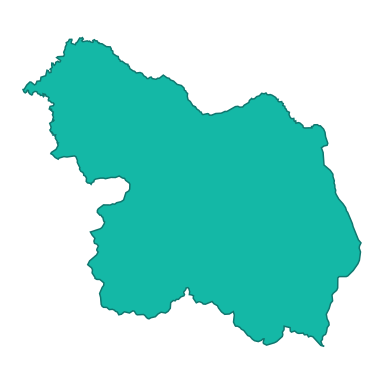 Ayabaca, Piura, Peru (Mercator projection)
{"feature_id": "86281439B3265311261772", "entity_name": "Ayabaca", "entity_type": "district", "adm_level": 2, "iso_a3": "PER", "parent_name": "Peru", "parent_adm1": "Piura", "projection": "mercator", "projection_center": [-79.898, -4.698], "detail": "fine", "context": "isolated", "style": "filled", "palette": "teal", "viewbox_px": 384, "rotation_deg": 0, "n_neighbors": 0, "source": "geoboundaries", "source_scale": "gbopen_adm2", "svg_char_len": 5793}
<svg xmlns="http://www.w3.org/2000/svg" viewBox="0 0 384 384"><path d="M361.0,242.9L358.4,239.8L353.1,226.7L352.3,223.5L347.6,212.3L346.6,211.1L345.6,207.7L343.0,203.8L338.8,199.1L336.1,194.3L335.4,192.5L335.7,190.1L334.9,188.0L334.8,185.0L334.0,183.0L334.3,180.8L333.0,176.7L332.9,174.2L330.3,170.4L324.0,165.0L323.1,152.5L321.4,147.8L324.0,146.0L327.1,145.3L327.8,143.3L325.6,136.8L325.0,132.3L323.6,129.1L320.4,125.8L319.1,125.8L317.3,124.7L314.1,124.8L312.8,126.4L311.6,126.5L311.9,127.8L304.6,128.0L303.3,127.5L302.8,125.5L300.0,123.1L298.5,122.6L296.0,123.2L295.7,120.9L294.7,121.4L294.1,120.9L293.8,118.4L292.0,118.7L290.9,118.2L290.0,117.0L289.0,114.4L289.4,112.3L286.9,111.1L286.0,108.9L285.0,108.2L284.8,106.3L282.8,105.5L283.3,103.6L282.0,102.8L281.7,101.6L279.1,101.9L277.7,100.7L278.2,99.3L276.5,99.1L275.8,97.5L272.1,95.2L270.0,94.5L269.0,94.9L267.1,94.6L266.0,93.0L264.1,93.8L261.7,93.3L259.4,95.8L256.7,96.6L254.5,98.7L252.3,99.1L251.7,98.4L249.4,100.5L248.8,102.5L244.3,105.1L242.7,107.0L239.7,107.2L237.9,106.3L235.4,106.6L226.8,111.5L225.0,111.4L221.2,113.2L215.8,113.5L211.5,115.2L209.3,115.1L208.6,113.9L207.6,113.6L202.9,114.6L201.6,113.5L201.3,112.2L200.2,112.0L198.9,110.4L196.8,109.1L195.4,106.7L194.5,106.8L194.0,106.0L192.9,105.8L190.3,101.5L188.0,99.7L187.3,96.2L187.6,93.4L186.4,92.5L185.7,90.9L184.4,90.2L184.0,88.0L181.4,85.5L177.1,84.4L173.6,81.1L170.4,79.9L169.2,78.3L167.0,77.8L163.3,75.1L159.3,78.3L157.7,78.2L156.1,79.3L152.2,78.6L151.3,77.1L150.2,77.2L148.2,78.6L147.0,78.5L146.1,77.2L143.8,75.8L142.2,73.4L140.1,72.5L136.3,73.0L134.6,71.3L133.1,70.9L129.9,68.7L129.1,66.2L128.0,65.7L128.0,64.4L125.5,63.8L122.1,61.2L120.4,61.3L119.9,59.9L118.7,58.9L118.2,56.5L116.5,56.0L113.0,53.6L112.8,51.1L111.2,49.9L111.2,48.7L110.3,46.9L106.3,46.6L102.1,43.8L99.0,43.4L99.0,42.7L97.9,42.4L97.1,40.9L95.4,40.7L94.4,39.7L92.8,40.5L93.3,41.8L92.7,42.4L90.9,42.1L89.5,41.1L88.7,41.5L87.3,40.9L82.9,41.7L81.7,40.7L83.3,39.0L82.4,37.6L81.4,38.2L79.7,38.0L77.3,42.1L76.1,42.8L75.3,44.7L71.4,43.4L71.2,41.9L72.0,40.0L71.8,39.3L69.4,39.4L68.3,41.5L66.2,42.7L66.6,44.5L65.3,46.9L65.1,49.0L63.7,52.2L64.4,54.7L63.6,56.3L57.8,56.7L56.6,57.6L60.6,60.5L60.3,61.7L59.0,62.2L57.9,61.2L55.7,62.4L55.5,63.8L54.4,65.3L53.4,64.5L53.1,63.3L51.8,63.1L51.7,65.5L52.2,67.5L50.1,69.2L51.2,70.1L51.0,72.3L49.3,72.8L48.4,70.7L47.0,70.2L45.7,75.7L41.0,77.2L40.4,80.9L37.0,81.2L35.8,84.1L34.5,84.9L31.0,82.1L29.9,82.0L26.8,85.0L24.3,89.2L23.0,89.5L23.9,91.8L25.2,92.9L26.4,92.1L27.3,90.2L28.4,90.5L28.5,92.2L29.8,93.9L31.7,95.0L32.4,94.6L32.8,92.8L34.8,91.4L36.8,91.7L37.9,93.7L40.0,94.3L40.4,95.4L42.6,95.2L43.4,96.7L44.2,95.9L43.2,93.8L45.4,94.4L46.1,96.2L47.8,96.7L49.0,97.7L48.3,99.7L48.5,100.8L49.6,100.8L51.8,102.8L53.1,102.8L54.1,104.1L53.3,105.7L50.1,106.4L49.3,108.9L50.2,109.0L50.0,109.5L50.6,110.1L51.5,109.5L51.7,111.0L53.3,112.1L52.8,113.1L53.1,113.9L52.4,114.7L53.5,117.1L52.8,119.1L54.0,120.2L53.4,121.1L52.5,120.5L51.9,121.9L49.7,123.3L51.1,127.1L50.5,129.7L49.9,130.0L50.7,131.7L51.6,131.8L51.6,132.4L52.4,132.8L52.1,133.6L53.1,134.0L53.0,135.1L55.6,135.0L55.0,136.3L55.6,137.1L55.3,138.2L57.3,141.5L57.1,142.7L58.1,143.0L57.6,143.4L58.1,145.5L56.1,149.3L51.4,152.4L50.8,153.7L52.5,154.6L55.2,157.5L58.2,159.2L59.0,158.1L63.9,156.6L67.0,157.0L74.5,155.9L76.0,156.9L77.4,160.4L77.3,162.4L79.9,167.7L79.5,169.0L80.8,171.3L82.9,172.5L83.7,174.0L83.7,175.3L85.4,176.2L86.5,178.2L86.2,181.4L87.5,182.9L90.3,183.3L91.1,184.3L92.2,182.4L93.8,181.8L94.2,180.0L95.5,179.1L100.4,178.1L103.6,178.1L105.4,178.7L111.1,177.4L115.4,177.5L119.2,176.0L122.4,178.0L124.6,178.4L125.6,180.3L129.3,183.1L129.9,184.3L129.7,189.1L128.8,190.9L125.9,192.7L123.6,200.0L121.0,201.7L116.7,202.7L114.7,204.2L112.6,203.9L110.3,205.0L103.5,204.9L98.3,208.8L97.4,210.3L97.3,212.3L99.9,215.2L101.1,215.2L101.8,216.7L102.8,217.2L103.7,221.1L104.6,221.8L104.2,223.7L101.9,227.6L100.2,228.8L90.4,232.0L92.3,235.3L94.9,238.3L93.9,241.1L94.5,243.3L96.9,244.2L98.4,246.0L96.8,249.4L96.9,250.5L98.1,252.0L96.6,254.9L89.6,260.9L87.7,264.7L91.6,267.9L92.5,269.9L92.1,272.9L95.1,277.6L95.0,278.4L96.8,279.4L99.9,279.5L103.9,282.9L103.7,285.4L102.2,287.4L99.6,293.5L100.6,297.4L101.2,304.4L102.1,306.3L103.5,307.3L106.8,307.4L109.3,309.6L112.4,309.3L114.7,310.3L115.3,311.2L117.4,312.1L118.8,314.8L121.4,314.2L124.4,311.8L129.5,313.0L132.9,310.8L134.4,311.3L136.2,314.2L137.2,314.8L143.4,314.5L144.8,315.3L146.6,317.6L148.2,318.7L149.4,318.7L150.7,317.8L155.4,316.7L158.0,314.0L161.1,312.2L165.5,313.0L168.0,311.4L170.3,308.3L170.7,302.6L173.2,300.5L175.2,300.8L176.3,299.4L178.5,299.3L180.9,296.9L183.9,295.8L184.5,294.5L183.7,292.7L183.8,291.9L185.7,289.6L186.1,288.0L187.9,287.6L188.8,288.5L189.7,291.7L189.3,294.6L191.3,294.8L193.5,295.8L193.2,298.2L196.3,302.8L198.6,301.8L200.0,301.8L202.1,302.8L203.2,304.0L205.4,304.2L212.1,301.5L213.9,303.7L217.5,305.7L218.5,308.0L221.5,311.9L224.7,314.3L229.3,314.0L233.3,311.6L234.3,315.0L233.5,322.1L235.1,325.6L235.6,326.2L237.6,326.2L240.0,327.5L241.3,329.1L243.8,330.5L247.7,335.5L250.1,336.5L252.3,339.1L254.5,340.7L258.3,341.6L261.4,340.3L263.2,338.8L264.1,338.9L263.2,342.3L263.5,343.5L266.6,345.1L274.3,342.8L276.7,341.6L282.3,336.5L282.8,334.7L282.4,332.1L284.0,329.8L284.1,326.2L290.1,327.6L290.3,331.0L291.4,332.1L294.7,331.0L297.2,333.0L298.8,333.4L303.2,333.1L304.4,334.8L307.3,334.6L308.5,336.9L310.6,336.1L312.8,336.7L320.8,345.4L324.2,346.4L322.3,345.2L320.9,341.4L322.4,339.5L322.5,336.9L323.6,335.4L325.5,334.4L326.5,331.9L327.2,327.6L329.1,325.0L328.8,322.3L327.1,318.9L326.3,314.2L329.1,308.7L330.6,303.5L332.6,300.9L332.0,295.1L333.2,293.3L336.6,290.4L337.7,288.0L337.8,277.9L339.1,276.6L346.2,276.6L347.8,275.9L353.3,270.4L357.9,263.8L359.4,260.3L360.5,251.9L359.2,248.2L359.5,246.0L361.0,242.9Z" fill="#14b8a6" stroke="#0f766e" stroke-width="1.5"/></svg>